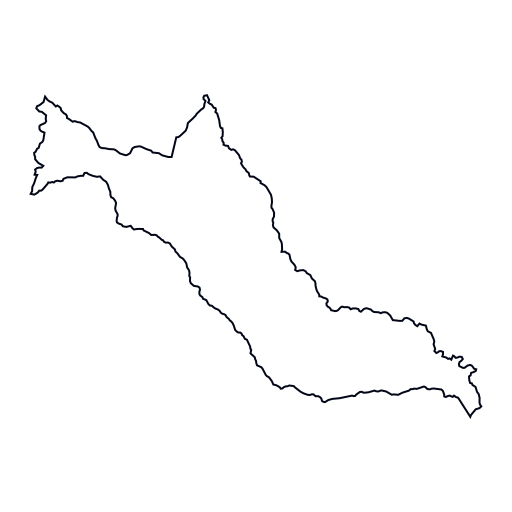 Abreulândia, Tocantins, Brazil
{"feature_id": "56859067B26958267589192", "entity_name": "Abreulândia", "entity_type": "district", "adm_level": 2, "iso_a3": "BRA", "parent_name": "Brazil", "parent_adm1": "Tocantins", "projection": "mercator", "projection_center": [-49.306, -9.465], "detail": "fine", "context": "isolated", "style": "outline", "palette": "ink", "viewbox_px": 512, "rotation_deg": 0, "n_neighbors": 0, "source": "geoboundaries", "source_scale": "gbopen_adm2", "svg_char_len": 6029}
<svg xmlns="http://www.w3.org/2000/svg" viewBox="0 0 512 512"><path d="M470.3,416.8L470.9,415.1L475.7,409.3L479.5,408.1L481.3,406.4L480.1,404.7L479.5,402.7L479.6,397.9L478.7,394.1L477.0,391.8L475.5,386.9L472.5,385.0L471.8,383.3L470.1,383.0L469.3,380.3L469.0,376.4L470.6,375.4L471.1,372.9L473.8,372.0L475.8,370.9L476.2,369.3L474.2,368.8L472.1,365.9L470.3,364.9L467.5,365.6L464.6,367.8L463.0,367.9L459.3,366.1L458.9,364.0L459.6,362.0L461.4,360.7L462.8,359.0L461.7,356.9L459.4,356.7L457.3,357.6L455.5,357.8L454.4,356.3L453.0,355.6L451.3,359.7L449.6,358.4L448.1,358.9L446.4,357.6L442.3,356.4L443.0,354.2L443.0,351.9L440.9,351.1L439.2,351.2L438.1,352.2L436.3,353.0L434.4,351.0L435.2,349.0L433.6,344.3L434.3,341.4L433.7,339.2L431.0,332.9L427.8,331.3L426.8,329.2L425.9,325.6L421.5,324.6L419.5,323.6L417.3,326.2L415.5,325.0L414.0,323.3L413.6,321.5L408.9,318.6L406.8,317.9L404.4,318.3L402.3,320.8L399.8,320.9L392.8,320.1L390.2,315.5L387.2,312.8L385.1,312.2L382.5,312.4L380.7,313.2L378.8,312.3L374.0,312.0L372.3,311.0L370.8,309.5L366.4,308.2L364.0,308.9L360.9,311.7L359.4,311.0L358.3,309.0L355.6,308.4L353.0,308.4L350.6,309.3L349.3,307.6L347.1,307.1L344.1,307.2L342.1,306.6L340.6,307.4L338.1,310.1L336.7,310.9L335.1,311.1L331.1,310.2L330.4,308.6L329.3,307.5L327.7,306.6L326.6,305.1L326.4,303.4L327.8,301.4L327.4,299.4L325.6,298.3L323.1,297.6L321.1,296.5L319.3,296.3L319.2,294.6L316.9,290.9L316.3,289.0L315.5,285.6L315.5,283.3L314.8,281.1L312.0,278.6L310.3,275.1L306.8,273.1L305.6,271.3L303.3,270.1L299.9,270.4L297.3,271.2L295.2,270.0L295.7,267.2L294.4,264.7L291.5,261.6L290.3,259.0L289.5,254.8L288.4,253.6L286.8,253.0L285.1,251.7L281.5,251.8L282.1,249.5L281.9,244.3L281.5,242.2L279.2,238.0L279.2,233.7L276.7,230.2L273.5,227.4L272.9,225.0L273.3,222.7L272.6,221.1L272.7,219.1L274.0,216.5L274.1,212.7L272.6,209.1L271.5,207.8L271.4,205.9L272.0,202.2L271.8,198.5L271.0,194.8L266.5,187.1L264.5,185.2L260.5,183.0L260.7,181.3L253.7,176.7L249.9,176.5L249.2,175.1L248.8,173.0L246.6,171.3L245.4,169.2L243.5,167.4L242.0,165.0L241.0,163.3L241.9,161.8L241.5,159.8L240.1,158.2L239.0,155.1L235.0,150.3L233.0,149.3L231.3,149.9L229.1,148.4L228.0,145.9L225.4,145.6L223.5,144.7L223.7,142.9L222.5,141.2L222.2,139.2L221.3,137.8L222.6,136.2L222.8,131.8L222.4,128.3L220.8,127.9L220.0,126.1L219.2,120.2L217.2,113.6L215.4,112.0L216.0,110.1L215.5,108.1L213.7,107.7L211.7,104.6L209.9,103.8L208.2,102.4L209.3,100.2L207.0,95.2L204.2,95.8L203.4,97.4L203.6,99.0L205.5,101.0L204.4,104.0L204.1,106.7L203.2,108.2L201.1,109.6L196.8,113.7L195.6,115.6L193.0,118.3L187.9,123.0L187.1,127.3L185.7,130.7L180.4,135.6L178.4,137.1L176.3,137.3L171.6,157.0L168.2,157.0L162.1,155.3L158.9,153.2L152.6,152.5L151.2,150.7L146.4,149.1L141.0,146.6L139.1,146.3L134.7,147.0L132.5,148.3L130.1,153.2L127.0,155.0L125.4,155.2L120.0,153.5L115.5,150.0L113.6,149.3L109.0,149.1L105.4,148.3L102.0,148.1L99.6,147.1L98.4,144.8L96.8,140.6L95.6,138.6L93.1,132.3L91.7,131.2L89.2,127.9L87.6,126.5L80.2,122.5L78.0,122.2L74.6,121.1L72.7,121.7L68.6,118.8L67.1,118.1L66.8,115.7L65.8,114.3L63.7,113.1L61.1,110.2L60.8,108.3L59.2,106.7L57.3,105.5L55.8,106.5L52.3,102.7L49.5,101.4L47.5,99.9L45.1,96.6L43.5,102.1L39.6,105.1L37.0,106.3L36.3,108.3L39.3,111.5L41.8,111.8L46.1,115.3L45.7,118.8L46.2,121.3L45.0,123.0L40.4,125.1L39.4,126.2L39.5,129.1L40.5,130.6L41.7,131.5L44.5,132.6L43.3,140.2L42.4,141.9L39.9,143.7L38.7,147.8L37.1,148.8L35.5,151.9L34.2,152.7L34.3,154.8L35.1,156.8L35.2,159.3L38.3,162.9L43.3,165.8L41.7,167.6L39.0,167.6L37.0,168.1L35.1,169.6L35.7,171.6L34.6,174.7L37.2,174.9L35.8,178.0L34.2,183.1L32.3,187.1L32.1,191.2L30.7,193.9L34.3,194.6L36.8,193.2L38.2,192.1L39.2,190.7L41.0,190.7L42.4,189.8L47.5,183.9L48.3,182.4L50.0,182.7L52.2,182.0L53.9,182.5L55.2,181.3L57.2,180.7L60.7,181.3L62.7,180.7L63.4,178.9L67.3,177.3L75.3,177.4L77.4,176.4L81.0,175.8L83.2,175.8L84.5,173.0L86.8,172.8L88.4,174.1L92.9,175.9L96.9,176.8L100.1,176.4L103.2,179.8L106.2,181.8L108.0,185.1L108.8,188.1L110.3,191.8L110.4,194.9L111.2,197.3L113.1,198.1L115.0,200.5L116.1,203.0L115.2,208.0L115.5,210.4L117.6,214.2L117.6,216.0L117.0,217.5L116.6,220.8L116.9,222.4L119.0,223.7L121.5,224.5L122.8,226.2L124.5,226.6L126.4,226.9L130.7,225.8L132.7,228.5L134.0,229.5L137.4,228.9L143.0,229.0L143.6,230.4L148.9,233.0L151.3,235.0L155.2,234.8L156.8,235.4L157.8,236.7L159.3,237.5L161.6,239.7L163.2,240.4L164.0,241.8L165.9,242.7L167.8,242.5L169.8,243.4L171.8,246.6L174.8,249.3L175.5,251.6L177.3,253.2L179.9,256.8L182.9,258.6L184.4,260.4L186.3,263.4L187.2,267.6L188.4,269.2L189.2,271.0L189.5,272.7L189.3,276.0L190.1,277.3L190.0,281.1L190.8,283.2L193.9,285.9L197.9,286.5L199.5,287.6L200.0,289.7L199.3,292.0L199.5,294.3L200.3,295.6L202.3,297.0L203.1,298.8L206.3,300.1L208.3,303.9L209.9,305.5L211.7,305.7L214.9,308.3L217.9,309.5L219.5,310.7L220.9,312.7L222.2,313.7L223.9,314.1L225.6,315.1L226.4,316.8L228.8,318.9L229.9,320.5L231.2,321.4L232.5,323.0L233.7,325.4L235.2,330.0L236.8,331.6L238.3,332.5L240.3,332.6L241.5,333.5L242.2,335.2L243.6,336.2L244.8,338.8L246.9,339.7L250.2,346.7L250.3,348.5L251.2,349.8L250.5,353.4L254.8,357.3L255.1,359.1L256.0,360.8L256.3,363.1L257.0,365.3L261.5,367.3L262.7,369.0L265.8,375.0L267.1,376.3L268.9,377.2L270.0,378.6L272.0,381.4L273.3,384.5L276.4,385.3L278.2,386.3L279.8,387.3L280.7,388.7L282.5,388.4L283.9,387.1L285.6,386.4L287.3,386.3L289.4,385.5L293.8,386.1L294.9,387.3L300.5,391.7L303.5,393.3L307.6,394.8L309.9,395.0L311.8,394.3L313.4,394.3L315.5,396.2L318.2,396.2L320.0,397.1L321.3,398.5L322.0,400.9L323.5,401.9L325.0,402.1L328.4,400.0L332.3,398.9L339.6,398.2L352.1,395.6L353.6,396.1L355.2,395.9L356.2,394.6L359.8,392.0L361.9,391.8L363.2,392.6L364.9,392.7L368.4,392.3L374.4,390.6L376.3,391.3L378.1,391.5L381.3,390.4L386.2,391.5L391.7,394.7L393.7,394.4L398.2,394.8L402.4,392.7L409.0,390.6L410.6,389.1L412.6,389.1L414.3,388.6L416.7,388.9L424.0,386.5L425.5,387.2L427.2,388.9L429.6,389.4L431.6,388.7L433.8,388.5L441.3,389.5L442.7,390.7L443.5,392.5L444.2,394.6L444.2,396.4L445.9,397.0L447.9,396.0L449.7,395.6L452.7,396.9L454.0,395.6L456.0,397.1L458.1,397.7L470.3,416.8Z" fill="none" stroke="#020617" stroke-width="2"/></svg>